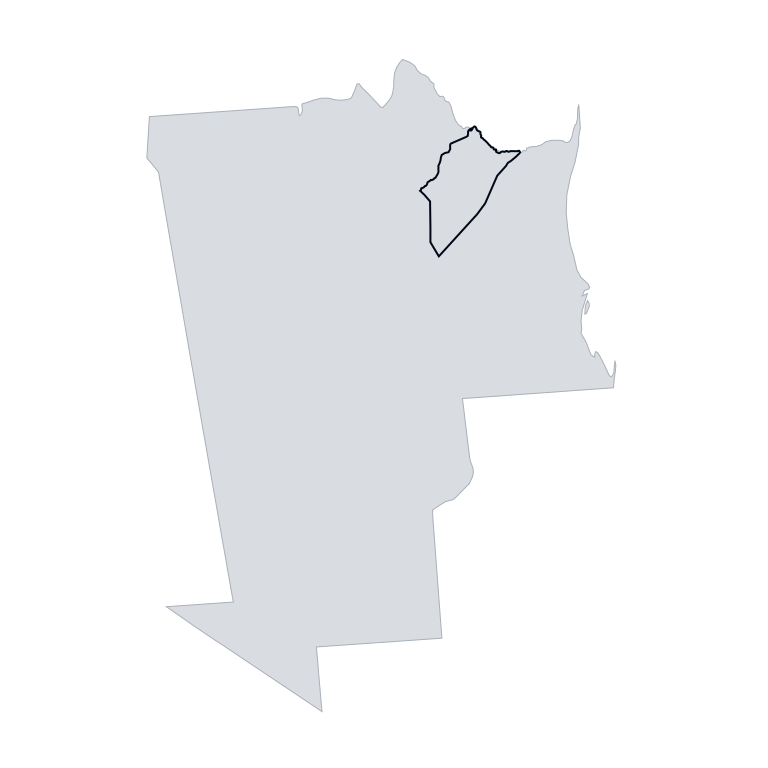 Mauritania, with Brakna highlighted, rotated 176°
{"feature_id": "MRT-2784", "entity_name": "Brakna", "entity_type": "Region", "adm_level": 1, "iso_a3": "MRT", "parent_name": "Mauritania", "parent_adm1": "", "projection": "equal_earth", "projection_center": [-13.723, 17.338], "detail": "fine", "context": "in_parent", "style": "outline", "palette": "ink", "viewbox_px": 768, "rotation_deg": 176, "n_neighbors": 0, "source": "natural_earth", "source_scale": "10m", "svg_char_len": 5142}
<svg xmlns="http://www.w3.org/2000/svg" viewBox="0 0 768 768"><g transform="rotate(176 384 384)"><path d="M335.9,703.1L335.1,702.7L330.9,698.9L328.9,694.5L325.7,691.1L321.1,688.8L318.2,686.2L316.8,683.3L315.1,681.4L313.4,680.4L313.2,679.4L313.6,677.9L313.2,675.3L310.5,669.4L308.1,666.7L305.9,667.1L304.7,666.4L304.0,665.1L303.7,663.2L302.3,661.5L299.8,660.8L297.8,656.4L296.3,648.4L294.3,642.1L291.9,637.7L290.1,636.0L288.9,635.7L288.4,635.0L288.1,633.7L286.2,633.2L283.5,634.6L281.2,634.1L280.0,631.9L278.4,631.7L276.3,633.5L274.0,633.0L271.5,630.1L270.1,627.3L269.9,624.5L265.6,618.9L257.3,610.4L248.2,606.5L238.4,607.0L232.9,606.6L231.7,605.3L230.4,605.4L229.2,606.9L227.9,607.3L226.6,606.4L225.7,607.1L225.4,609.2L221.9,610.3L215.3,610.3L210.0,611.7L205.9,614.3L200.2,615.4L192.8,615.0L188.3,614.1L186.8,612.5L184.7,612.2L181.9,613.0L179.4,617.2L177.2,624.7L175.4,629.0L174.0,630.1L172.4,635.7L171.5,645.1L170.2,649.2L170.3,625.8L172.5,617.0L173.2,609.3L177.8,592.4L183.3,578.5L188.4,560.1L190.3,542.3L189.8,524.8L188.4,509.4L185.9,499.1L183.6,484.3L180.0,476.5L173.5,469.7L172.0,465.8L173.6,464.3L177.6,463.3L180.1,458.0L174.8,460.0L181.1,443.8L183.1,432.7L182.8,425.5L184.0,421.0L179.3,411.3L175.7,399.1L173.8,397.2L171.9,396.1L171.7,399.0L170.6,401.6L168.3,400.0L164.3,391.2L158.7,376.7L156.7,375.3L155.1,377.2L154.0,379.1L152.0,391.2L151.4,386.4L152.3,380.8L153.8,373.8L155.4,364.2L160.3,364.2L169.1,364.2L186.7,364.2L195.5,364.2L213.1,364.1L221.9,364.1L239.4,364.1L248.2,364.1L265.8,364.0L274.6,364.0L292.2,364.0L301.0,364.0L306.8,364.0L306.4,357.2L306.1,351.7L305.8,344.5L305.4,337.2L305.0,330.0L304.7,323.2L304.3,316.4L304.0,310.1L303.7,304.3L303.2,301.0L301.3,294.4L300.9,291.2L301.4,287.7L302.6,284.5L306.0,278.5L311.2,274.0L317.1,268.7L321.7,264.7L324.0,263.7L331.1,262.3L336.7,259.3L342.1,256.3L344.4,254.7L344.6,249.1L344.0,126.4L370.7,126.4L377.8,126.4L427.0,126.4L434.0,126.4L469.7,126.4L469.7,120.7L469.5,112.4L469.4,101.1L469.2,89.8L468.9,69.9L468.7,61.5L475.9,67.1L490.2,78.2L497.3,83.7L511.7,94.8L526.0,106.0L540.4,117.1L547.6,122.7L554.8,128.3L562.0,133.9L569.3,139.4L583.7,150.6L589.8,155.3L599.1,162.9L607.8,169.9L616.6,177.0L603.3,177.0L585.6,177.0L573.5,177.0L561.1,177.0L549.5,177.0L550.8,188.6L552.1,201.2L553.4,213.8L554.7,226.5L556.1,239.2L560.0,277.2L561.4,289.9L562.7,302.7L564.0,315.4L565.3,328.2L568.0,353.7L569.3,366.5L570.6,379.3L571.9,392.1L573.2,404.9L574.6,417.7L577.2,443.4L578.5,456.3L579.8,469.2L581.1,482.1L582.4,494.9L583.7,507.9L585.1,520.8L586.4,533.7L589.0,559.6L590.3,572.5L591.6,585.5L592.9,598.5L594.1,611.0L598.8,617.7L604.8,626.0L603.3,637.7L601.4,651.8L599.4,667.1L583.3,667.1L567.4,667.1L527.7,667.1L519.7,667.1L480.0,667.1L472.1,667.1L456.7,667.1L452.2,666.8L450.5,665.6L449.9,657.6L448.5,658.1L447.0,660.5L446.2,663.0L446.5,666.3L446.2,669.1L441.1,670.2L434.2,672.1L427.0,673.5L419.7,673.0L417.2,672.4L414.5,671.3L408.7,670.2L405.5,670.1L401.8,670.3L397.6,671.0L396.2,672.4L393.0,678.4L389.9,685.2L387.8,685.2L385.5,681.4L379.2,674.3L371.5,665.0L368.0,660.4L366.1,659.8L362.5,663.1L359.4,666.3L356.1,670.8L354.7,675.2L353.5,680.3L353.0,686.3L351.8,693.4L349.2,699.1L346.0,703.4L343.7,705.4L342.8,706.5L335.9,703.1ZM177.6,447.9L175.1,453.0L174.0,451.0L173.6,447.7L175.8,443.0L176.9,440.5L178.8,439.7L177.6,447.9Z" fill="#d9dde1" stroke="#a8b0b8" stroke-width="1"/><path d="M233.5,607.3L232.8,607.1L232.4,606.5L232.1,605.7L232.7,604.7L236.5,601.5L241.8,597.7L244.8,596.1L246.0,594.7L246.8,593.3L247.1,593.0L256.5,583.9L270.5,557.1L279.3,546.8L290.1,536.5L320.4,507.5L327.8,522.2L326.8,536.6L326.3,545.3L325.3,562.9L330.6,570.0L334.5,574.2L333.9,574.6L333.4,575.2L333.4,576.1L333.0,576.7L331.5,577.0L330.2,577.7L329.5,578.6L328.3,578.8L327.4,579.8L326.4,582.2L325.4,582.8L324.6,583.1L323.9,583.6L323.4,584.0L323.0,584.3L322.5,584.1L322.0,584.1L320.2,584.8L319.9,585.2L319.5,585.7L318.3,586.1L315.5,590.2L315.1,591.2L314.8,592.2L314.8,594.1L314.6,595.9L314.5,597.9L312.7,601.3L312.0,603.3L311.4,606.1L310.4,608.5L307.1,610.2L303.5,610.7L301.6,613.6L301.4,617.7L300.7,619.1L284.9,624.7L283.2,625.6L282.7,627.7L282.5,630.0L281.8,631.2L280.7,632.0L279.9,632.4L280.1,631.6L280.2,630.9L279.8,630.8L279.4,630.8L279.1,631.0L278.8,631.2L278.5,631.6L277.8,632.9L277.5,633.3L276.9,633.9L276.2,634.4L275.9,634.5L275.6,634.6L275.3,634.5L274.9,634.2L274.6,633.8L274.4,633.3L274.2,632.8L273.9,631.4L273.7,631.0L273.4,630.6L272.8,630.0L272.5,629.8L271.0,629.2L270.3,628.7L270.2,627.9L270.4,627.0L270.3,626.5L270.2,626.0L269.8,625.4L269.7,625.1L269.8,624.6L270.0,623.8L270.0,623.4L269.8,623.1L269.4,622.8L268.6,622.4L268.3,622.2L267.6,621.1L267.4,620.8L266.1,619.8L263.8,617.1L262.4,615.1L261.5,614.3L261.3,613.9L260.6,612.8L260.3,612.6L259.8,612.5L258.9,612.4L258.5,612.1L258.3,611.7L258.2,610.8L258.1,610.4L257.7,610.1L256.3,610.3L255.9,610.1L255.8,609.7L256.0,608.7L256.0,608.1L255.9,607.8L255.6,607.5L253.1,606.2L252.4,606.3L252.0,606.5L251.0,607.3L250.6,607.5L250.2,607.6L249.8,607.7L249.3,607.7L247.8,607.3L247.4,607.3L245.7,607.9L245.3,607.9L244.9,607.8L243.8,607.1L243.4,607.0L243.1,607.0L241.7,607.5L241.3,607.5L234.7,606.9L233.5,607.3Z" fill="none" stroke="#020617" stroke-width="2"/></g></svg>